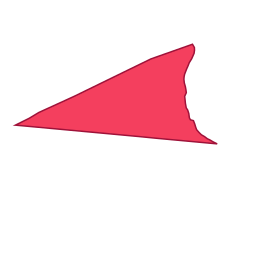 Sossêgo, Paraíba, Brazil, rotated 61°
{"feature_id": "56859067B23055317122585", "entity_name": "Sossêgo", "entity_type": "district", "adm_level": 2, "iso_a3": "BRA", "parent_name": "Brazil", "parent_adm1": "Paraíba", "projection": "equal_earth", "projection_center": [-36.188, -6.739], "detail": "fine", "context": "isolated", "style": "filled", "palette": "rose", "viewbox_px": 256, "rotation_deg": 61, "n_neighbors": 0, "source": "geoboundaries", "source_scale": "gbopen_adm2", "svg_char_len": 648}
<svg xmlns="http://www.w3.org/2000/svg" viewBox="0 0 256 256"><g transform="rotate(61 128 128)"><path d="M78.7,74.4L77.1,104.4L74.2,159.8L71.2,198.5L71.6,209.7L70.9,225.1L141.1,122.1L151.8,106.6L185.1,57.7L181.5,60.2L177.9,62.3L175.9,63.8L172.7,65.2L169.5,67.1L166.5,68.0L162.8,68.8L160.1,68.4L156.9,67.7L153.3,67.2L151.1,69.4L148.9,69.4L144.8,67.8L141.2,67.1L138.6,67.3L134.2,65.8L130.5,64.2L127.8,63.1L125.4,59.9L122.9,58.9L119.7,57.8L115.9,56.9L112.5,55.5L110.4,54.1L108.4,52.4L104.8,48.1L102.6,45.2L100.6,42.8L98.3,38.7L96.4,36.2L94.7,34.0L92.2,32.1L89.8,30.9L86.0,31.0L78.7,74.4Z" fill="#f43f5e" stroke="#9f1239" stroke-width="1.5"/></g></svg>